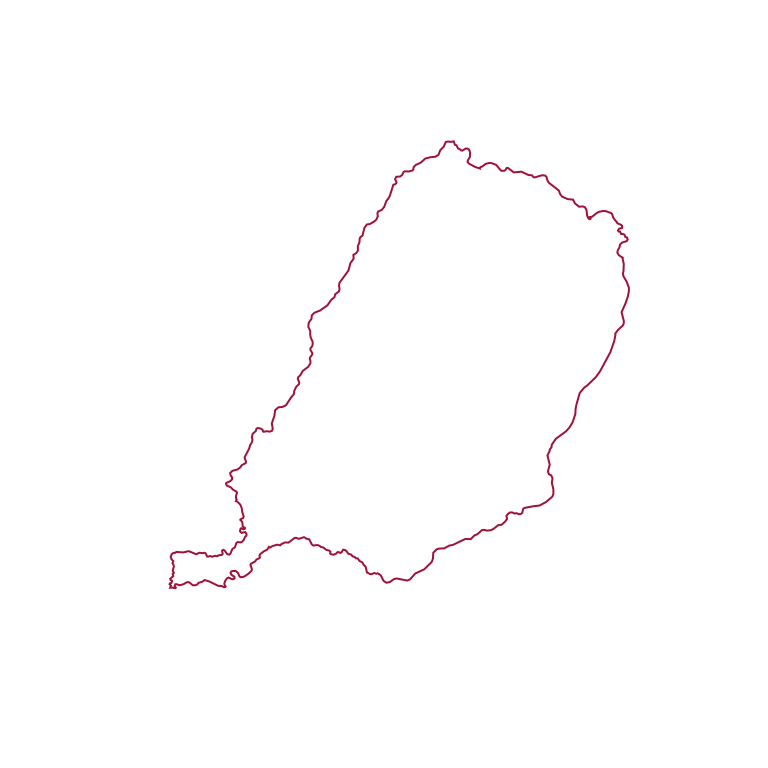 Muidumbe, Cabo Delgado, Mozambique, rotated 152°
{"feature_id": "85939544B92892346973749", "entity_name": "Muidumbe", "entity_type": "district", "adm_level": 2, "iso_a3": "MOZ", "parent_name": "Mozambique", "parent_adm1": "Cabo Delgado", "projection": "albers", "projection_center": [39.887, -11.854], "detail": "fine", "context": "isolated", "style": "outline", "palette": "rose", "viewbox_px": 768, "rotation_deg": 152, "n_neighbors": 0, "source": "geoboundaries", "source_scale": "gbopen_adm2", "svg_char_len": 6165}
<svg xmlns="http://www.w3.org/2000/svg" viewBox="0 0 768 768"><g transform="rotate(152 384 384)"><path d="M668.5,304.5L666.2,303.5L664.3,301.7L663.4,301.9L663.7,304.0L662.4,305.1L661.5,304.9L658.7,302.1L654.3,301.3L652.5,301.6L650.4,301.3L649.1,300.3L647.2,295.9L645.0,294.9L643.3,294.6L641.1,295.5L637.3,294.7L634.4,295.1L630.9,291.6L625.2,283.7L622.0,281.7L620.7,279.6L619.6,279.3L618.9,279.5L619.0,281.9L618.5,283.0L616.4,284.9L614.0,286.1L612.1,286.1L610.0,283.2L608.7,282.3L607.1,282.6L606.6,284.1L608.4,287.4L608.1,289.4L607.1,290.1L605.7,290.0L602.8,288.6L601.6,285.8L601.9,282.0L601.4,280.8L598.7,279.7L596.3,279.7L592.4,280.2L588.7,281.3L587.6,282.4L586.8,287.1L585.7,287.8L581.4,287.8L578.9,288.9L575.9,288.7L575.0,289.1L574.5,291.0L573.4,291.8L568.6,292.7L564.9,292.6L562.0,294.2L561.5,293.1L558.8,293.3L553.8,292.3L551.4,290.3L549.7,290.8L545.9,290.6L542.7,288.8L535.2,290.1L533.6,289.3L532.0,287.3L526.8,286.4L526.1,285.8L525.1,283.8L522.9,281.9L523.1,276.5L522.2,274.5L518.6,273.2L517.0,271.6L516.2,269.7L514.3,268.1L512.9,264.8L510.5,262.5L510.0,261.0L511.1,259.7L510.9,258.8L508.7,256.9L505.6,256.7L504.3,257.3L503.2,257.2L501.9,255.3L500.6,255.3L497.8,256.9L496.2,255.5L495.5,254.0L495.3,251.1L493.0,248.7L492.7,246.6L491.2,245.2L490.6,243.3L489.1,242.4L488.7,239.2L486.9,236.7L486.8,233.5L486.0,231.3L487.5,225.6L485.5,222.7L484.5,222.0L481.4,221.7L479.8,220.0L478.5,219.8L477.9,219.1L476.7,216.6L476.8,210.4L475.2,207.4L471.6,206.4L466.7,207.1L464.2,206.4L455.7,199.5L452.6,199.3L445.4,202.0L435.4,201.5L427.0,204.0L425.1,204.7L422.8,206.8L419.7,211.9L415.2,213.3L412.6,212.8L408.0,210.6L402.3,210.7L398.8,209.6L384.9,209.0L380.3,206.3L375.1,207.9L372.1,207.5L366.1,209.0L364.2,208.3L361.8,206.1L358.0,204.7L355.0,204.7L349.2,205.8L346.3,204.5L341.5,205.7L338.7,207.1L337.9,210.0L335.7,211.1L333.1,211.4L331.3,210.6L329.6,208.4L327.6,207.7L326.1,205.8L324.6,205.1L322.5,205.2L319.9,208.3L318.3,208.7L308.5,205.6L303.9,203.7L296.4,203.7L288.3,205.5L285.9,207.6L283.9,211.5L282.2,218.0L279.5,221.6L279.2,224.8L280.8,227.0L280.2,230.0L275.6,234.9L273.2,244.2L269.2,247.1L268.6,248.2L265.7,249.6L264.4,251.6L258.2,254.9L245.3,256.8L240.4,258.7L235.5,261.6L229.1,267.7L226.6,272.0L224.1,275.1L215.4,284.2L208.9,286.8L205.2,287.3L193.8,290.6L187.3,293.8L169.2,305.8L160.5,313.9L156.6,318.7L156.2,319.9L151.8,322.0L145.7,323.5L144.1,324.7L142.7,326.9L140.5,335.9L132.7,342.0L127.4,347.0L124.2,351.0L122.6,354.0L121.7,360.4L122.0,366.8L121.1,369.5L119.5,371.3L116.0,377.3L114.4,382.8L113.9,383.3L116.2,387.5L116.3,390.5L114.6,392.5L112.2,393.9L110.0,396.4L107.3,397.1L102.7,396.2L101.0,397.2L100.6,399.2L101.9,400.6L101.6,403.0L102.2,403.9L104.2,405.1L104.0,407.7L105.1,408.3L105.4,409.6L103.5,410.8L100.7,410.0L100.0,410.6L99.5,412.0L100.0,413.3L102.5,416.4L102.4,418.1L102.9,419.0L103.5,423.3L102.8,426.9L103.1,428.1L106.9,432.4L109.0,433.8L113.3,435.1L115.2,435.2L121.7,434.0L124.0,434.8L124.3,434.2L123.8,433.5L123.9,433.0L124.8,432.8L125.8,434.1L125.6,437.2L123.5,442.7L123.6,445.7L125.0,447.4L128.6,449.0L130.6,453.9L130.5,458.0L135.0,461.0L138.8,465.8L139.3,468.8L138.8,472.7L144.0,484.4L144.1,487.3L143.3,490.8L144.0,492.5L146.4,494.1L154.2,495.7L155.0,496.6L155.3,498.7L158.5,500.9L163.0,507.0L170.1,509.9L173.2,516.7L174.5,517.1L176.6,515.8L177.6,515.8L179.8,516.9L180.6,517.7L182.1,524.8L185.0,528.2L186.9,529.6L190.7,530.6L195.8,529.9L196.7,530.3L198.1,529.8L198.2,529.3L201.7,532.9L205.4,538.5L206.0,541.0L204.1,542.7L201.7,544.0L199.1,548.3L198.9,551.3L200.1,552.9L201.3,553.5L205.3,553.3L206.4,554.2L206.8,555.8L208.1,557.3L207.9,560.7L209.1,561.9L208.5,565.5L211.2,566.3L213.5,568.0L215.8,568.7L219.9,565.5L224.6,564.0L228.4,560.7L232.1,560.6L236.5,562.4L241.6,563.7L247.6,562.2L253.2,562.5L255.9,561.6L257.7,559.4L258.8,559.2L262.3,560.0L266.0,562.1L267.2,562.0L269.9,560.1L272.3,559.6L275.9,561.2L278.1,559.6L278.2,556.4L278.8,555.6L280.6,555.1L282.2,555.6L290.2,547.7L293.1,545.7L296.0,544.5L300.8,540.2L304.2,538.8L308.3,539.0L309.7,537.8L310.7,535.0L313.7,532.7L316.3,532.1L321.4,531.9L324.3,532.9L328.1,531.0L333.3,525.1L335.9,524.8L337.4,523.6L339.0,520.8L342.4,518.0L344.4,514.1L346.9,512.6L350.4,512.4L352.0,508.9L357.0,506.4L362.1,500.9L375.7,494.3L377.4,492.3L378.7,488.7L380.4,486.8L384.9,486.2L387.0,483.9L391.0,483.1L397.1,480.0L406.1,478.9L412.0,479.6L415.5,478.5L417.4,475.6L421.5,473.6L423.4,471.0L424.0,469.8L424.2,465.5L425.9,462.4L426.9,459.4L427.2,454.7L428.5,452.3L429.7,451.1L432.2,450.0L433.0,448.6L432.8,445.0L433.4,443.8L436.9,442.1L437.7,441.2L438.1,438.9L439.3,436.8L443.1,434.7L449.7,433.7L453.4,431.2L456.7,430.2L457.7,429.0L458.2,424.9L459.0,423.9L462.9,422.7L466.2,420.3L468.6,417.2L472.5,415.7L480.4,411.3L484.5,411.4L488.1,413.0L492.4,412.0L495.6,407.5L501.6,401.8L503.3,396.6L504.8,395.3L507.0,395.5L509.8,397.4L512.7,398.3L513.1,399.0L512.7,400.7L513.7,402.4L516.2,404.5L517.6,404.4L519.2,402.7L523.3,401.7L525.6,399.2L526.4,396.3L528.3,394.3L530.8,393.0L533.5,390.2L541.3,384.9L542.0,383.2L542.1,380.5L543.2,379.1L547.8,379.1L549.8,377.9L553.3,377.3L558.6,378.5L561.7,377.6L562.3,375.1L562.0,373.1L562.7,371.2L565.3,370.4L569.7,370.7L570.4,370.1L570.5,368.2L567.8,364.7L566.8,361.4L565.1,358.7L564.7,357.2L567.4,354.4L568.3,352.5L568.3,351.3L569.7,350.1L569.1,349.7L567.9,346.5L567.5,344.3L567.9,341.2L569.3,337.4L570.1,332.8L571.3,331.8L574.1,331.9L574.7,331.5L573.9,328.9L575.6,324.5L574.3,322.0L574.8,321.5L576.3,321.7L577.8,323.7L578.5,323.7L580.3,321.6L579.7,319.4L576.0,318.4L575.8,316.1L576.7,314.7L578.5,314.2L581.0,312.2L583.7,311.3L585.3,311.6L587.3,313.1L589.0,312.9L592.5,309.7L595.4,309.5L599.1,306.4L600.8,306.0L602.3,307.4L602.9,311.9L603.7,313.0L605.2,312.9L606.2,309.7L607.8,309.2L609.8,310.3L612.3,310.3L614.1,311.8L616.8,312.1L618.2,313.7L620.4,314.2L621.2,314.8L620.9,317.9L621.7,319.3L623.2,319.6L626.3,321.7L629.7,321.8L634.9,328.1L640.3,329.5L646.1,333.2L647.8,333.0L649.3,333.8L651.5,333.3L653.5,331.4L653.9,329.1L653.2,326.5L654.9,325.0L654.7,323.4L655.2,321.5L658.3,318.3L658.2,315.9L659.8,315.5L660.1,313.4L664.2,312.4L664.4,311.0L663.6,310.0L663.7,309.3L665.1,308.2L666.8,308.4L667.3,308.0L666.7,306.1L668.5,304.5Z" fill="none" stroke="#9f1239" stroke-width="2"/></g></svg>